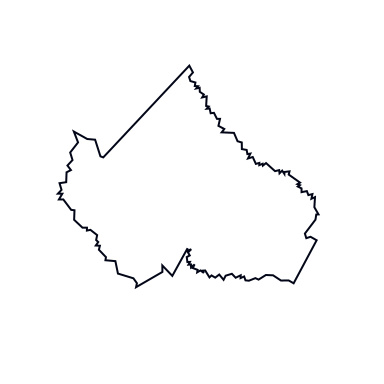 Aguarico, Orellana, Ecuador, rotated 208°
{"feature_id": "8360857B665042104792", "entity_name": "Aguarico", "entity_type": "district", "adm_level": 2, "iso_a3": "ECU", "parent_name": "Ecuador", "parent_adm1": "Orellana", "projection": "mercator", "projection_center": [-76.096, -0.984], "detail": "medium", "context": "isolated", "style": "outline", "palette": "ink", "viewbox_px": 384, "rotation_deg": 208, "n_neighbors": 0, "source": "geoboundaries", "source_scale": "gbopen_adm2", "svg_char_len": 1923}
<svg xmlns="http://www.w3.org/2000/svg" viewBox="0 0 384 384"><g transform="rotate(208 192 192)"><path d="M308.2,132.6L309.6,127.6L305.7,129.6L306.0,122.9L302.1,125.0L290.3,119.5L287.2,120.7L283.0,112.1L272.0,109.1L268.0,111.2L266.7,108.6L263.9,110.9L255.5,109.4L254.1,104.6L251.3,103.8L251.8,99.6L248.1,101.3L247.1,97.3L237.4,94.1L236.4,91.1L227.2,95.0L219.1,85.2L203.2,88.3L197.8,85.6L196.7,81.7L180.6,107.5L183.7,113.2L170.0,108.7L169.5,140.3L169.2,138.7L168.5,138.0L165.8,141.1L167.2,136.8L164.2,134.9L166.1,132.1L163.2,128.0L161.0,129.3L161.0,126.2L158.2,128.1L158.9,127.1L157.4,124.9L155.7,129.3L155.7,125.2L150.5,125.9L149.7,123.5L147.7,126.7L143.6,126.1L145.6,127.6L143.5,128.9L136.5,124.8L135.6,127.5L131.3,127.3L129.2,131.9L122.9,129.3L123.0,133.9L118.4,138.5L113.2,136.8L109.9,141.3L108.7,138.8L106.3,141.9L103.3,139.1L100.1,140.4L95.6,145.7L92.1,145.9L87.8,153.4L81.3,156.5L71.9,155.6L65.1,159.3L59.4,159.1L59.3,207.9L66.3,208.1L69.4,204.9L72.8,208.3L70.0,225.6L71.7,230.4L69.8,231.6L76.8,236.0L81.0,245.2L83.4,242.1L84.7,246.7L87.8,243.9L91.0,246.7L95.2,243.3L97.0,246.6L101.1,246.5L100.0,248.7L102.6,248.4L101.0,251.0L114.8,252.8L115.6,256.0L119.8,253.1L118.9,251.3L122.4,253.2L123.5,249.6L125.3,252.2L128.5,249.4L140.2,252.3L141.8,248.6L142.9,250.1L145.2,247.3L146.2,249.3L148.8,246.8L154.8,251.4L158.3,247.9L158.5,253.3L160.9,251.5L163.5,254.8L168.1,253.3L171.3,259.1L175.6,258.2L182.7,263.9L193.8,258.6L193.1,262.8L199.7,262.8L201.6,269.7L204.3,268.3L209.8,272.2L212.5,270.3L215.6,274.0L218.1,272.4L217.4,275.3L219.9,274.6L223.9,283.3L227.4,280.3L227.3,283.6L232.1,284.1L234.2,287.6L236.9,285.4L236.4,288.2L239.3,286.9L240.4,290.3L245.5,289.2L248.6,292.2L247.3,298.0L253.7,302.3L286.6,180.9L289.6,180.5L302.1,192.7L309.4,189.6L324.7,189.9L315.9,182.3L318.1,169.7L312.5,164.1L314.4,156.9L309.2,154.5L312.0,150.5L307.7,141.6L313.1,137.6L308.2,132.6Z" fill="none" stroke="#020617" stroke-width="2"/></g></svg>